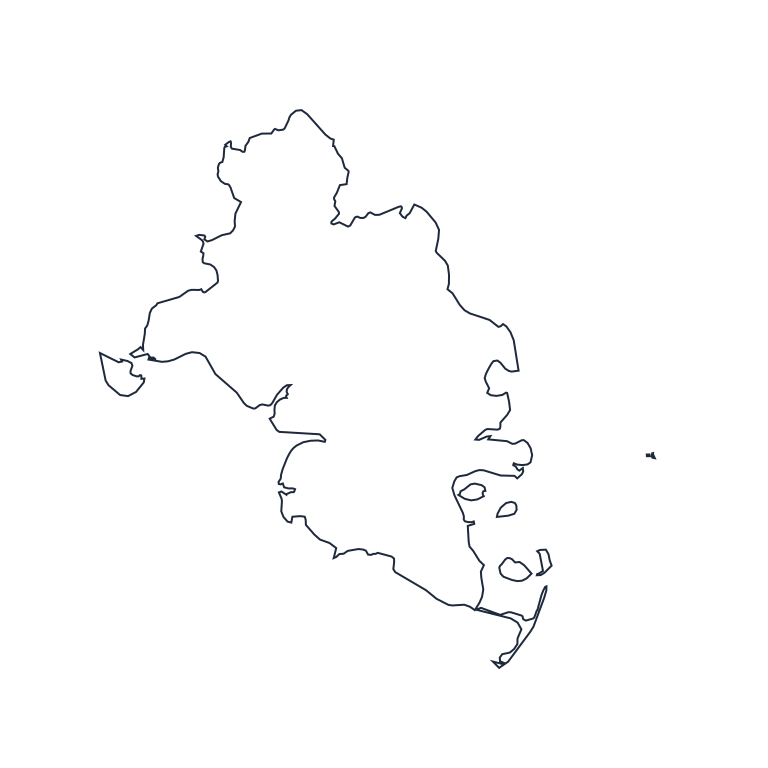 Schleswig-Holstein, Mercator projection, rotated 197°
{"feature_id": "DEU-1579", "entity_name": "Schleswig-Holstein", "entity_type": "State", "adm_level": 1, "iso_a3": "DEU", "parent_name": "Germany", "parent_adm1": "", "projection": "mercator", "projection_center": [9.834, 54.215], "detail": "fine", "context": "isolated", "style": "outline", "palette": "slate", "viewbox_px": 768, "rotation_deg": 197, "n_neighbors": 0, "source": "natural_earth", "source_scale": "10m", "svg_char_len": 6174}
<svg xmlns="http://www.w3.org/2000/svg" viewBox="0 0 768 768"><g transform="rotate(197 384 384)"><path d="M257.7,191.6L270.8,193.9L283.6,199.1L318.3,207.4L321.0,209.8L322.2,216.6L323.4,220.0L326.3,221.2L340.7,220.7L342.3,219.1L344.6,218.4L346.4,216.8L349.3,216.2L352.6,219.3L355.4,219.6L360.2,218.7L369.9,213.8L373.0,209.9L377.0,208.3L379.1,204.6L381.2,202.8L381.7,213.1L389.6,216.0L399.7,216.5L406.5,219.6L417.5,226.4L419.2,231.3L421.0,233.9L425.3,233.2L432.8,230.3L432.1,224.4L436.0,224.2L441.3,227.5L445.0,232.2L447.3,241.9L448.3,244.2L452.8,249.6L450.7,251.2L445.0,249.6L445.1,250.2L441.1,253.5L438.8,254.1L438.4,254.8L438.3,257.4L440.7,257.5L445.0,256.2L449.3,256.0L451.7,259.3L453.5,257.8L455.3,257.6L456.2,259.4L455.1,263.3L455.9,267.2L456.0,272.8L455.1,284.5L454.2,289.5L453.1,293.5L451.6,296.7L449.5,299.7L444.2,304.7L437.6,308.3L430.6,310.7L423.7,311.4L423.7,313.4L430.8,317.1L470.2,307.6L473.3,308.7L483.2,317.4L479.9,320.6L479.9,323.7L481.2,327.2L482.1,331.7L481.1,335.4L478.8,338.9L475.8,341.4L473.0,342.3L474.0,343.4L474.1,344.3L473.0,346.1L474.8,348.0L475.3,350.4L474.6,353.0L473.0,355.7L476.6,354.4L479.3,351.0L483.2,342.3L485.3,333.0L486.5,330.6L488.2,329.5L494.3,328.9L496.6,327.6L500.0,323.0L501.9,322.3L508.8,323.0L512.4,324.8L522.3,332.7L548.1,344.2L562.7,358.0L569.4,359.7L576.9,358.3L582.4,354.9L591.7,346.1L597.1,342.6L602.7,340.3L616.4,338.5L616.4,340.4L609.3,340.6L612.2,341.9L615.0,340.9L618.8,343.6L630.3,336.5L635.4,338.5L629.4,345.3L627.6,348.1L624.2,346.1L625.9,350.7L627.4,361.9L628.7,367.2L627.5,370.7L627.6,375.5L628.7,383.5L628.0,388.3L624.9,392.6L624.2,395.0L605.2,407.4L598.6,415.9L595.8,417.7L587.9,420.0L586.5,421.2L584.2,419.2L582.8,419.0L581.5,419.9L572.9,432.3L572.9,434.1L575.0,439.5L577.4,443.5L580.6,446.1L585.0,447.5L591.3,446.9L592.9,447.5L594.1,450.4L594.3,453.7L594.9,456.3L597.9,457.1L597.6,465.4L598.7,467.2L600.3,468.4L607.0,470.7L604.3,472.6L599.1,473.5L598.0,472.6L598.1,469.8L594.5,468.7L590.6,471.3L582.6,478.9L575.2,483.1L573.3,486.7L572.6,490.4L572.7,491.6L574.5,496.2L575.9,503.6L573.9,516.2L581.6,518.0L588.2,527.0L590.0,528.7L591.3,529.4L594.7,528.9L599.3,530.3L603.2,533.6L604.4,535.7L604.6,539.1L605.9,541.7L606.2,543.1L606.1,546.2L605.6,547.5L603.5,549.1L603.6,553.8L605.7,563.0L605.6,564.2L603.9,565.3L605.8,566.3L603.2,570.0L601.7,571.2L600.9,570.2L599.8,565.9L598.2,564.6L590.0,565.7L587.4,564.7L585.5,565.2L585.3,566.7L586.1,571.3L584.5,575.9L584.3,580.0L574.1,587.7L565.0,590.6L563.4,595.4L562.8,596.1L559.2,595.7L554.6,597.9L553.7,599.5L552.4,608.2L552.4,611.5L551.6,614.4L548.1,619.6L542.9,621.8L536.2,619.5L513.0,605.4L507.1,603.1L503.5,603.0L502.3,596.7L501.0,596.9L495.3,590.7L490.3,587.6L484.8,579.3L480.4,577.5L479.8,576.5L479.4,570.8L478.2,564.2L484.3,561.3L485.0,553.1L486.3,547.7L485.6,545.9L484.0,544.6L483.4,539.8L477.5,535.3L476.8,533.7L479.2,527.8L481.4,524.5L481.7,523.2L481.2,522.1L478.8,521.9L474.0,525.6L464.4,524.0L462.6,525.8L460.5,534.7L459.7,535.5L458.4,536.3L455.2,535.9L452.1,536.8L450.5,538.6L448.9,542.8L447.3,544.1L442.1,543.1L438.0,544.4L421.8,557.7L419.8,558.9L418.7,558.3L418.2,557.2L418.8,552.0L415.2,549.4L412.0,548.9L411.5,551.8L409.4,554.8L407.5,564.5L399.6,563.6L393.6,561.2L381.8,553.5L376.4,547.4L374.5,538.6L373.4,526.3L371.8,524.8L361.6,519.6L357.6,515.9L353.8,507.6L351.2,498.7L351.0,493.2L345.0,490.8L334.7,481.8L328.6,478.1L322.5,476.6L301.7,476.1L291.3,472.1L289.4,473.3L287.7,476.1L283.9,474.9L278.2,470.5L272.7,463.7L259.2,436.1L265.5,433.2L268.5,433.0L272.5,434.1L278.9,438.4L282.4,439.6L286.0,437.9L287.2,434.8L288.5,429.3L289.5,423.3L289.4,419.0L287.5,416.2L282.2,410.6L282.7,405.7L278.7,404.5L273.0,405.5L267.7,408.1L264.8,411.4L263.6,411.4L259.2,403.6L255.8,396.0L257.2,390.4L261.4,381.2L260.2,376.9L260.2,375.0L262.2,373.5L271.9,371.2L273.7,369.8L278.8,361.8L280.4,357.6L276.7,358.4L270.5,363.7L267.0,365.3L268.1,361.5L249.6,365.3L243.8,364.3L241.2,365.3L235.8,370.5L233.9,371.2L229.5,369.6L224.9,365.3L221.5,359.2L221.0,351.9L223.3,349.0L227.8,347.0L232.8,345.9L236.7,346.1L236.7,344.2L233.7,343.5L231.5,341.4L229.3,340.7L226.7,344.2L225.3,341.1L225.8,338.0L229.0,332.7L232.4,334.3L245.7,330.6L263.6,330.6L267.8,329.5L271.3,327.3L278.2,321.2L284.5,318.1L287.2,316.0L288.3,311.4L288.3,304.6L284.1,298.2L270.8,283.7L268.9,280.7L268.1,277.7L266.6,276.4L263.2,276.5L259.8,277.5L258.0,278.8L256.8,276.6L262.4,272.8L256.7,257.4L254.6,253.5L249.9,250.5L241.1,242.8L235.5,240.0L236.5,232.9L234.3,227.2L229.0,216.6L228.0,209.1L228.8,202.5L231.0,194.3L236.7,196.1L242.7,196.4L253.9,192.2L257.7,191.6ZM651.2,305.9L664.7,330.6L644.1,327.2L641.1,328.9L642.6,330.5L636.0,331.0L631.7,330.2L629.9,327.9L630.2,322.2L629.4,320.0L627.1,319.1L622.8,319.0L621.0,319.5L619.8,321.2L618.6,321.2L617.5,318.0L614.7,319.2L614.2,315.3L618.8,303.9L625.2,297.6L633.1,296.3L647.1,302.3L651.2,305.9ZM181.9,179.6L180.9,189.6L186.5,194.9L194.3,196.9L229.9,195.1L225.8,198.3L205.4,197.2L198.4,202.1L195.9,202.8L184.6,202.8L183.6,202.3L182.1,199.8L179.2,199.2L173.2,203.1L172.3,203.9L171.9,206.0L171.7,211.6L171.2,212.7L171.7,228.2L171.3,233.2L170.5,237.2L169.5,238.0L168.4,234.0L168.3,226.5L170.1,195.7L171.7,189.7L184.1,154.8L190.9,146.2L198.7,150.4L188.7,150.9L187.5,152.3L192.0,152.8L193.3,156.3L191.9,160.2L185.2,163.9L182.1,168.6L180.4,174.3L181.9,179.6ZM204.3,234.0L213.4,234.6L217.1,236.8L220.0,241.9L220.0,243.8L218.7,246.1L216.8,251.6L215.4,253.5L213.2,254.2L210.4,253.9L206.5,251.7L202.3,253.4L197.0,251.7L187.5,245.8L190.7,239.9L194.4,236.3L198.8,234.5L204.3,234.0ZM280.4,299.7L279.3,300.9L279.4,303.8L276.4,306.7L271.9,313.3L268.1,315.3L261.0,315.8L257.6,314.6L255.8,311.4L257.6,310.5L257.9,308.9L257.2,307.2L255.8,305.9L261.0,300.9L266.7,298.2L273.2,297.8L280.4,299.7ZM226.7,294.4L237.2,289.9L237.5,293.0L236.2,299.9L232.4,305.9L227.8,308.5L224.1,308.5L222.0,306.6L220.4,302.6L221.4,298.0L226.7,294.4ZM177.3,251.7L185.5,267.2L188.6,268.9L186.3,270.9L180.8,272.9L177.0,269.4L173.9,263.7L170.6,259.3L175.4,250.3L178.3,247.1L181.9,245.8L181.9,247.1L180.8,247.7L177.3,251.7ZM107.3,396.0L106.5,396.6L106.3,395.5L103.3,392.2L105.7,392.0L106.7,393.1L107.3,396.0ZM108.7,392.7L111.5,391.8L112.1,393.4L109.5,394.2L108.7,392.7Z" fill="none" stroke="#1e293b" stroke-width="2"/></g></svg>